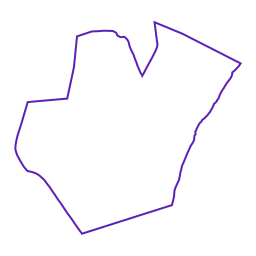 the district of Bruceville/Shanty Town, Vieux Fort, Saint Lucia
{"feature_id": "8701671B31536824051324", "entity_name": "Bruceville/Shanty Town", "entity_type": "district", "adm_level": 2, "iso_a3": "LCA", "parent_name": "Saint Lucia", "parent_adm1": "Vieux Fort", "projection": "robinson", "projection_center": [-60.948, 13.726], "detail": "fine", "context": "isolated", "style": "outline", "palette": "violet", "viewbox_px": 256, "rotation_deg": 0, "n_neighbors": 0, "source": "geoboundaries", "source_scale": "gbopen_adm2", "svg_char_len": 2843}
<svg xmlns="http://www.w3.org/2000/svg" viewBox="0 0 256 256"><path d="M21.1,124.5L17.8,134.7L16.2,141.0L16.0,143.0L15.6,144.6L15.5,146.6L15.4,147.9L15.4,149.1L15.6,150.1L16.1,152.0L16.6,153.5L17.3,155.4L18.5,157.5L19.8,160.0L21.7,163.2L24.0,167.0L26.2,169.6L27.7,171.1L32.3,172.0L33.6,172.6L35.4,173.1L37.0,174.0L38.2,174.7L39.5,175.6L40.5,176.5L41.4,177.3L42.2,178.0L43.3,179.0L44.3,180.0L45.3,181.3L46.3,182.7L47.2,183.9L48.3,185.4L49.0,186.2L50.2,187.8L50.8,188.8L51.8,190.3L52.7,191.7L53.6,193.0L54.6,194.3L56.0,196.5L57.2,198.4L58.7,200.5L59.7,201.8L61.2,203.9L65.3,210.1L67.2,213.0L68.9,215.2L70.2,217.0L72.1,219.6L73.4,221.6L74.8,223.7L77.1,227.0L79.0,229.6L80.6,231.8L82.0,233.7L171.9,205.1L172.4,203.2L173.3,199.7L173.9,197.2L174.2,195.2L174.2,193.6L174.5,190.6L175.2,188.4L175.6,187.3L176.7,184.9L177.9,182.3L178.9,180.1L179.1,179.7L179.3,178.2L179.5,177.1L179.7,176.6L179.9,175.5L180.3,172.9L181.1,170.0L181.4,168.7L181.9,166.4L182.1,165.7L182.5,164.7L183.5,162.7L184.4,160.4L185.0,158.9L185.5,158.0L186.0,156.4L186.6,155.0L186.9,154.3L187.3,153.6L187.6,152.6L187.9,152.0L188.4,151.1L189.2,149.2L189.9,147.7L190.6,146.0L191.3,145.0L192.5,143.2L192.9,142.3L193.4,141.5L193.9,140.4L194.2,139.4L194.3,138.2L194.3,136.6L194.5,135.7L194.8,135.2L195.1,134.9L195.4,134.4L195.7,134.0L195.4,133.1L195.2,132.2L195.5,131.3L196.1,130.5L196.3,129.8L196.7,128.6L197.6,126.9L198.5,125.3L198.7,124.8L199.2,123.9L199.6,123.3L201.0,121.8L201.4,121.5L202.4,119.8L204.1,118.5L204.8,118.0L205.6,117.0L206.4,116.2L207.6,115.1L208.8,113.4L209.9,112.1L211.4,109.4L212.3,108.1L213.0,106.4L213.4,105.5L213.8,104.5L214.0,103.9L214.6,103.4L215.9,102.2L216.6,101.5L216.8,100.6L217.1,100.2L217.8,99.5L218.3,98.8L219.3,96.4L219.7,94.9L220.1,94.2L221.2,92.0L222.7,89.6L223.7,88.3L224.4,87.0L225.7,84.8L226.3,84.0L227.6,82.0L229.6,79.5L231.0,77.5L232.0,75.0L232.2,74.1L232.3,72.4L233.1,71.8L235.5,69.7L237.0,68.1L238.7,66.2L240.6,63.4L182.1,33.6L154.6,22.3L155.5,29.9L155.8,31.9L156.2,35.5L156.7,39.0L157.1,42.1L157.4,43.7L157.4,44.4L157.1,47.0L155.6,50.7L155.2,51.6L151.5,58.8L147.8,65.5L145.5,69.8L143.8,73.1L142.3,75.8L142.1,75.3L141.0,73.5L140.2,72.1L138.9,69.1L138.0,66.9L137.3,65.3L137.0,64.3L136.8,63.5L136.0,61.4L135.6,60.5L135.3,59.9L135.1,59.1L134.8,58.4L134.2,56.6L134.0,56.0L133.6,54.9L132.8,53.2L131.8,51.4L130.0,47.4L129.7,46.2L129.6,45.9L129.3,45.1L129.1,44.1L128.9,43.5L128.7,42.3L128.0,40.8L127.7,40.2L126.6,38.9L125.4,37.6L124.8,37.2L124.5,37.0L123.4,36.8L122.8,36.9L121.8,37.1L121.0,37.2L120.2,37.0L119.7,36.8L119.3,36.5L117.9,35.9L117.2,35.3L117.1,34.8L116.9,34.1L116.6,33.5L116.1,32.9L115.7,32.6L115.3,32.3L115.1,32.1L114.1,31.6L112.8,31.0L110.2,30.9L103.6,30.7L99.6,31.1L98.3,31.2L92.0,31.4L77.0,36.4L73.9,67.5L67.2,98.6L28.4,102.0L27.7,102.1L27.4,103.0L27.2,103.8L21.8,122.2L21.1,124.5Z" fill="none" stroke="#5b21b6" stroke-width="2"/></svg>